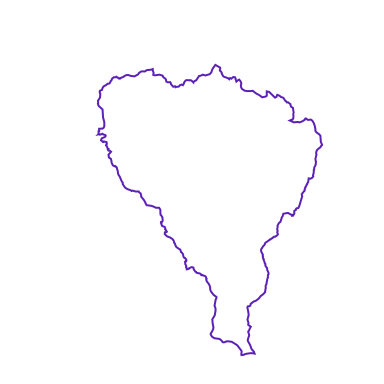 outline of Metes, Alba, Romania, rotated 206°
{"feature_id": "2599482B52286891990585", "entity_name": "Metes", "entity_type": "district", "adm_level": 2, "iso_a3": "ROU", "parent_name": "Romania", "parent_adm1": "Alba", "projection": "orthographic", "projection_center": [23.404, 46.123], "detail": "fine", "context": "isolated", "style": "outline", "palette": "violet", "viewbox_px": 384, "rotation_deg": 206, "n_neighbors": 0, "source": "geoboundaries", "source_scale": "gbopen_adm2", "svg_char_len": 5985}
<svg xmlns="http://www.w3.org/2000/svg" viewBox="0 0 384 384"><g transform="rotate(206 192 192)"><path d="M148.0,314.8L151.2,316.7L153.9,316.4L155.5,316.9L158.0,316.7L157.8,314.5L158.8,313.2L166.5,315.8L168.9,315.2L167.0,311.3L167.6,310.1L170.4,307.9L174.1,308.6L177.7,308.7L181.8,309.6L183.0,308.7L186.8,306.8L189.0,306.2L192.1,306.5L193.5,307.4L194.9,309.3L195.1,310.6L195.5,311.6L197.3,313.0L198.9,313.7L199.9,312.2L200.5,310.7L202.5,312.7L202.7,313.3L203.7,314.0L205.3,313.4L206.3,311.1L207.7,311.1L208.0,309.6L209.4,310.1L213.6,309.6L214.8,309.8L217.3,311.6L217.3,311.9L218.7,313.0L219.9,313.2L220.5,313.8L220.7,315.3L221.2,316.1L226.7,316.5L227.5,311.7L227.1,307.7L227.8,305.6L231.1,302.6L233.7,302.2L235.2,300.3L236.5,299.4L237.2,294.2L238.3,292.9L238.9,291.4L238.8,291.1L241.5,292.0L243.2,291.5L243.3,291.2L245.3,290.5L246.3,289.9L246.8,288.6L247.1,287.0L246.8,285.7L247.0,284.0L248.3,284.1L249.7,282.7L250.0,281.2L250.6,280.6L252.5,279.4L252.6,279.1L253.7,279.6L254.6,278.5L255.2,278.4L258.0,279.6L258.9,280.7L259.9,281.2L260.8,280.5L262.2,279.9L263.5,280.0L264.8,281.7L265.7,282.2L268.3,282.7L269.4,283.7L272.9,283.1L276.3,280.7L278.0,280.2L278.2,280.3L278.7,282.2L280.5,284.0L281.2,285.3L282.6,283.8L285.9,281.9L287.3,279.6L289.5,278.7L291.0,277.5L291.3,276.5L291.8,275.9L292.0,274.1L294.4,270.7L298.0,269.5L300.7,269.2L302.3,268.2L303.2,267.2L304.1,265.5L306.4,262.9L306.4,262.3L307.3,261.9L308.1,262.4L308.7,262.1L310.5,262.4L310.5,262.0L311.3,261.4L312.6,260.9L313.5,258.8L313.3,257.2L313.7,256.2L313.6,254.7L313.8,253.3L315.3,252.3L316.4,249.9L317.3,249.0L318.0,247.0L317.7,244.2L319.1,242.8L319.0,241.8L318.8,241.7L318.3,240.6L317.6,240.3L316.1,236.7L316.5,232.7L315.2,230.7L315.3,230.1L313.7,228.5L308.6,227.0L304.6,220.0L301.5,216.4L299.6,212.6L299.6,211.0L300.2,209.8L303.2,208.1L302.1,206.0L302.6,205.7L301.4,203.0L301.5,202.7L300.6,203.4L300.1,203.1L299.5,203.4L298.1,205.1L296.8,204.8L295.0,205.2L294.3,204.9L294.1,204.1L294.5,203.1L296.6,200.7L296.6,199.2L296.4,198.5L295.5,198.4L294.2,197.9L293.4,198.1L293.4,198.8L290.7,199.4L289.6,197.9L289.9,197.4L289.7,196.2L289.2,196.2L287.2,194.6L286.8,193.8L285.9,194.0L285.8,193.0L285.4,192.6L283.9,193.1L282.4,192.7L283.4,189.0L281.8,186.6L279.4,186.2L278.1,184.7L277.1,183.1L275.1,181.5L274.2,181.1L272.3,181.6L272.1,181.2L271.3,181.4L270.3,181.0L269.2,179.5L268.4,178.9L266.1,175.6L263.5,174.0L260.1,171.0L258.2,169.9L257.9,169.0L257.4,168.5L254.0,166.6L251.3,166.3L247.7,166.7L246.8,166.4L246.0,167.2L242.7,167.8L240.2,169.1L239.5,168.6L237.6,168.2L236.1,166.5L235.6,165.5L231.7,163.7L229.4,162.2L228.9,161.5L227.0,160.3L222.3,161.8L219.0,162.1L217.9,161.9L214.6,163.4L212.6,162.1L211.2,159.2L210.1,157.6L209.6,157.6L207.4,156.2L205.7,153.2L206.0,151.6L206.7,151.3L206.4,150.7L205.7,150.5L205.7,150.0L205.4,149.6L203.8,148.3L201.3,148.7L200.0,147.6L199.8,146.6L198.5,146.2L197.2,145.3L197.3,144.8L198.7,143.9L198.0,142.2L195.1,141.2L191.8,141.5L188.7,141.1L187.3,140.3L186.3,139.4L185.9,138.6L184.6,138.1L183.5,136.8L181.8,135.6L177.2,135.0L175.5,133.2L174.8,133.2L172.9,132.2L171.3,130.1L169.9,129.4L169.3,129.6L167.6,128.8L167.1,128.3L166.9,127.1L167.2,126.8L167.5,127.0L167.7,126.1L167.0,125.4L166.5,124.3L164.7,123.0L164.4,121.7L163.3,121.1L162.8,120.2L162.0,120.8L161.7,121.5L161.3,121.5L160.6,122.9L159.7,124.1L158.6,124.6L157.5,124.6L156.7,123.4L155.9,122.9L154.1,121.9L153.3,122.0L152.5,121.4L149.2,122.2L148.1,122.0L147.3,121.4L146.8,121.5L146.9,121.9L142.9,122.1L142.4,121.9L141.4,120.9L141.4,120.7L140.9,120.5L140.6,119.5L140.7,119.3L139.3,118.0L136.9,116.9L135.1,115.6L133.7,114.0L133.1,112.6L131.5,111.0L127.5,109.0L124.0,108.4L123.5,107.3L123.6,106.4L123.4,105.1L121.9,99.7L120.0,97.9L118.9,95.9L117.9,92.6L117.5,91.0L117.9,86.4L115.8,82.9L113.3,79.6L112.8,77.6L112.9,74.4L113.1,73.4L112.9,72.3L111.6,71.4L110.5,70.7L107.8,70.4L102.8,72.0L100.5,71.5L98.9,70.6L98.1,70.5L96.6,71.5L95.6,72.8L94.5,73.5L90.6,74.8L87.7,74.5L84.2,74.1L77.8,70.9L77.1,69.6L76.8,68.2L76.0,67.1L74.0,68.4L73.8,69.0L72.1,70.5L68.3,73.1L64.9,74.2L66.6,75.7L69.7,77.0L72.5,79.8L76.6,82.7L77.1,83.6L77.8,88.4L80.3,91.1L80.0,92.6L80.2,94.4L80.1,96.7L83.2,97.2L84.0,99.3L86.2,101.6L87.1,106.2L88.9,109.0L91.7,112.6L91.7,113.7L90.2,114.6L89.8,115.5L90.2,117.2L88.5,120.7L87.0,122.1L85.3,125.5L84.6,128.8L83.4,130.9L82.4,133.9L82.7,134.4L82.8,135.5L83.2,136.2L83.6,138.1L84.3,139.1L84.8,140.5L84.7,142.0L85.3,143.5L85.6,145.0L86.2,146.8L86.3,148.4L87.4,150.8L87.2,151.9L87.9,153.0L90.3,155.0L91.2,156.6L93.0,157.4L93.9,158.2L94.4,159.4L95.2,159.6L95.4,160.1L98.2,162.8L98.2,163.2L98.9,163.4L100.1,165.0L100.0,165.4L100.7,166.0L100.8,166.7L103.6,168.7L104.3,169.8L104.7,170.6L104.3,174.4L103.7,176.0L103.7,177.2L103.9,177.8L103.5,179.1L101.8,181.9L101.1,183.7L100.6,183.8L100.1,185.2L99.4,185.8L99.0,187.4L98.1,188.2L97.7,188.2L96.4,190.5L96.3,191.8L97.8,193.2L97.9,194.5L99.2,195.9L99.5,197.7L100.4,199.3L100.3,202.1L99.4,204.1L99.8,206.0L99.7,206.6L100.2,208.4L99.9,209.9L100.4,212.5L96.5,215.3L93.4,215.0L92.0,215.5L91.6,214.5L90.8,215.0L90.6,217.6L91.6,219.2L91.8,220.1L91.0,220.9L90.8,221.5L91.1,222.5L90.9,223.1L89.4,224.2L89.4,226.1L91.1,236.6L92.0,237.4L92.4,238.3L91.7,241.6L91.4,242.0L91.5,243.1L91.9,243.5L91.9,245.6L92.2,245.7L92.3,246.4L92.0,247.9L92.2,248.5L91.9,249.6L92.2,250.0L91.9,251.7L93.1,255.4L91.3,255.9L90.3,257.3L89.8,259.0L90.6,260.1L90.9,262.2L92.2,265.3L92.0,265.5L92.9,267.8L92.7,269.4L92.9,271.1L93.1,271.3L93.8,273.6L94.5,274.2L95.6,275.9L96.5,279.8L96.4,280.0L97.5,281.3L98.0,283.2L97.9,285.1L96.2,288.5L96.1,290.3L95.7,291.1L95.8,291.5L98.1,293.4L101.3,298.9L103.6,299.8L105.2,299.9L106.6,300.3L107.9,301.1L109.1,303.3L110.0,304.2L110.4,305.0L112.6,307.2L115.0,308.8L116.8,309.2L119.5,307.6L122.0,308.0L122.4,307.6L122.3,306.4L123.8,303.9L125.9,301.7L127.5,301.4L130.9,299.3L135.4,299.1L133.3,301.6L133.3,302.7L134.1,304.7L135.1,306.4L135.5,308.0L138.2,311.9L140.4,312.1L141.4,313.1L142.0,314.1L144.9,314.7L146.1,314.1L146.8,314.7L148.0,314.8Z" fill="none" stroke="#5b21b6" stroke-width="2"/></g></svg>